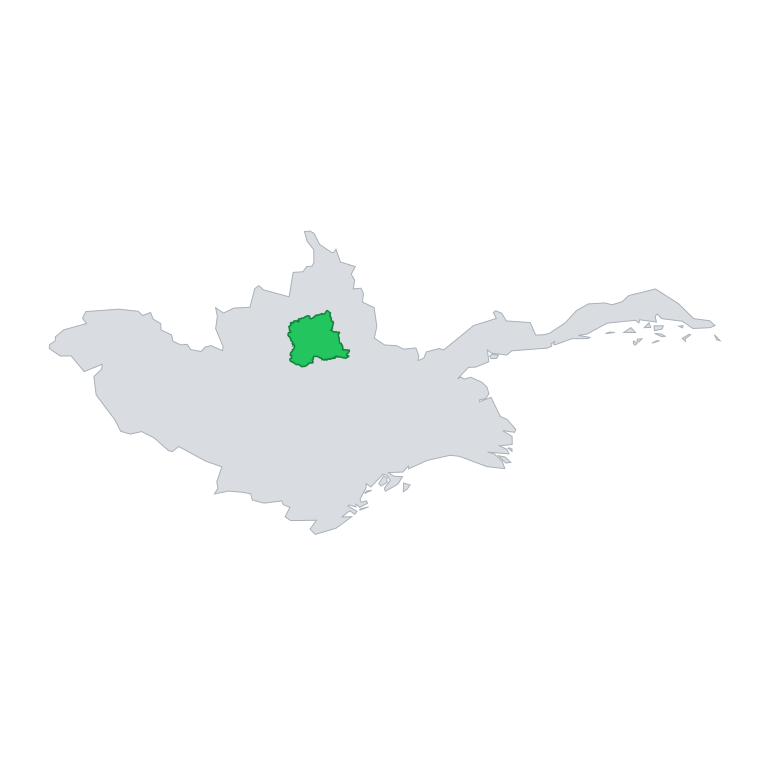 location of Loilen, Shan, Myanmar, rotated 271°
{"feature_id": "60261553B60770274813160", "entity_name": "Loilen", "entity_type": "district", "adm_level": 2, "iso_a3": "MMR", "parent_name": "Myanmar", "parent_adm1": "Shan", "projection": "mercator", "projection_center": [97.755, 21.29], "detail": "fine", "context": "in_parent", "style": "filled", "palette": "green", "viewbox_px": 768, "rotation_deg": 271, "n_neighbors": 0, "source": "geoboundaries", "source_scale": "gbopen_adm2", "svg_char_len": 9358}
<svg xmlns="http://www.w3.org/2000/svg" viewBox="0 0 768 768"><g transform="rotate(271 384 384)"><path d="M500.9,353.2L493.1,349.3L487.3,352.9L478.5,351.6L479.4,359.2L474.4,361.8L465.5,361.1L460.2,372.8L441.7,375.8L429.7,373.6L423.0,384.0L422.6,395.8L419.2,402.9L420.6,415.2L412.8,418.4L408.0,417.7L410.6,423.4L416.8,425.8L420.4,438.4L419.3,443.4L444.0,472.5L451.5,495.2L457.4,492.2L459.2,494.5L456.8,500.5L449.2,505.1L448.0,529.1L435.6,534.8L436.0,542.8L437.5,548.4L448.5,564.3L460.7,575.1L467.6,586.7L468.9,603.5L467.2,610.6L470.4,620.6L476.7,627.3L483.8,653.8L469.4,677.1L454.8,692.4L452.9,708.6L448.2,713.9L446.0,708.9L444.9,691.9L452.0,681.2L454.2,660.4L458.8,655.9L456.4,653.9L450.7,655.3L452.7,638.5L449.5,637.8L452.1,634.2L448.7,606.0L437.5,586.1L436.0,577.5L434.2,589.1L432.9,586.9L432.6,571.2L426.1,554.1L426.8,552.6L429.8,554.1L427.0,550.2L424.8,551.1L422.8,546.9L419.4,511.2L415.1,506.2L416.8,490.7L419.9,486.8L408.1,488.4L402.5,475.4L402.1,468.2L390.4,457.4L392.3,460.8L390.3,464.4L392.3,470.5L387.4,481.8L382.6,487.0L376.1,489.1L371.1,485.9L370.0,479.9L368.0,479.8L372.5,491.2L353.6,500.9L350.7,507.7L340.9,516.6L338.0,515.4L339.5,503.4L333.7,513.0L325.8,513.2L324.2,500.4L320.9,507.9L316.3,510.2L317.7,488.8L316.4,495.0L308.9,503.5L301.5,506.3L303.1,488.6L313.0,460.7L313.9,451.4L308.5,429.0L299.7,410.1L302.3,409.7L296.3,404.3L295.5,390.2L292.0,395.3L291.6,404.1L284.0,399.5L276.8,387.3L279.7,386.1L288.0,392.0L292.7,388.7L293.9,384.7L280.8,372.7L284.1,367.8L279.8,367.9L268.6,362.1L265.4,363.2L266.9,368.3L264.5,369.7L260.2,361.9L263.4,358.1L260.7,358.0L262.4,351.0L261.3,350.0L256.2,359.2L253.1,357.0L256.5,352.4L255.1,349.7L250.3,344.3L250.8,354.0L239.1,338.8L232.4,317.9L237.5,312.6L246.6,318.8L245.8,293.0L249.6,287.4L259.0,292.1L261.6,285.5L265.3,283.8L262.8,266.0L265.7,254.4L272.0,252.5L273.4,243.1L274.2,230.5L271.2,216.4L276.8,219.8L283.3,218.5L298.3,223.3L303.9,206.8L317.9,179.8L312.7,173.5L313.6,169.7L325.9,155.4L332.2,142.6L329.5,131.1L332.1,121.6L343.4,115.6L368.0,96.4L386.3,93.8L393.8,101.3L398.8,102.0L391.2,84.0L406.7,70.6L406.3,59.9L413.6,48.7L417.7,49.1L421.4,54.6L425.4,54.6L432.5,62.8L439.3,85.4L444.5,81.4L451.2,84.6L454.2,117.8L452.4,137.0L448.3,141.4L451.4,149.3L444.9,152.1L440.5,159.7L434.0,160.2L429.5,170.7L423.1,172.2L419.5,180.3L420.3,186.5L415.1,190.0L413.3,200.5L417.9,204.7L419.3,210.3L414.5,222.0L418.6,222.5L436.4,214.7L448.9,216.2L457.4,214.3L452.1,222.3L457.3,232.6L458.4,248.6L477.1,253.1L480.1,257.1L476.0,262.0L469.5,287.6L494.0,291.2L494.8,301.0L500.0,304.6L500.7,310.0L504.1,311.8L517.2,311.4L525.0,304.8L535.0,301.8L535.6,307.4L533.3,311.5L522.4,317.2L514.9,328.8L514.5,331.4L517.9,333.6L505.2,338.3L500.9,353.2ZM284.3,380.5L292.1,385.2L290.6,388.6L285.7,388.8L281.9,382.8L284.3,380.5ZM439.7,622.8L444.7,629.9L439.8,634.6L439.7,622.8ZM283.5,411.8L279.4,409.1L276.6,405.2L285.3,405.3L283.5,411.8ZM446.9,653.0L447.0,662.2L443.9,661.2L441.9,653.5L446.9,653.0ZM313.1,506.2L307.9,512.2L307.1,507.1L314.3,499.6L313.1,506.2ZM414.8,497.9L411.6,496.1L411.2,490.6L413.7,489.1L415.6,491.7L414.8,497.9ZM436.7,664.3L436.0,661.2L439.3,653.7L438.8,660.3L436.7,664.3ZM434.8,681.4L439.1,688.3L438.4,689.7L434.4,684.3L431.9,684.7L434.8,681.4ZM449.8,647.8L445.2,649.7L444.9,643.3L449.8,647.8ZM439.0,713.4L433.2,719.3L433.9,716.0L439.0,713.4ZM258.8,363.0L260.9,370.8L257.3,361.5L258.8,363.0ZM439.8,608.2L439.6,613.9L438.2,604.6L439.8,608.2ZM276.8,368.5L277.5,373.5L274.1,366.4L276.8,368.5ZM433.8,641.1L430.4,638.2L431.6,636.2L433.3,636.6L433.8,641.1ZM431.4,632.8L429.3,636.6L427.1,634.3L428.9,632.6L431.4,632.8ZM431.9,655.5L432.0,658.8L429.5,651.1L431.9,655.5ZM321.2,513.2L318.8,513.1L322.0,509.2L322.3,510.6L321.2,513.2ZM447.5,682.1L445.3,681.4L447.0,677.8L447.5,682.1Z" fill="#d9dde1" stroke="#a8b0b8" stroke-width="1"/><path d="M445.7,331.5L445.7,331.3L446.0,330.8L446.0,330.3L446.2,330.1L447.0,329.9L447.6,330.0L448.3,330.3L448.6,330.2L448.9,330.0L449.8,329.8L450.5,328.9L450.9,329.0L451.1,328.7L451.3,328.6L451.8,328.9L452.4,328.8L452.8,329.0L454.0,329.2L454.5,328.8L454.7,328.1L455.3,327.5L455.3,327.4L455.8,326.9L456.4,326.1L456.3,325.7L455.9,325.1L454.4,324.3L453.7,323.9L453.1,323.2L453.1,322.9L452.9,322.7L452.8,322.4L452.9,321.9L452.9,321.1L453.2,320.9L453.0,320.7L452.9,320.4L453.1,320.2L452.8,319.6L452.5,318.7L452.2,318.2L452.2,317.8L452.0,317.7L451.7,317.3L451.7,317.0L451.5,316.7L451.8,316.3L451.5,315.6L451.7,314.9L451.6,314.7L451.1,314.0L450.2,313.7L449.9,313.2L449.6,312.4L449.3,312.4L448.3,310.6L448.1,309.8L448.2,308.9L448.4,308.7L449.0,308.6L449.5,308.4L450.4,308.5L451.0,306.6L450.7,306.2L450.5,305.6L450.4,305.2L449.8,304.2L449.6,303.6L449.0,302.9L448.7,302.4L448.4,301.7L448.5,300.9L448.4,300.2L448.2,299.9L447.9,299.8L447.8,299.5L447.7,298.3L447.5,297.4L447.0,297.3L446.8,297.5L446.7,297.5L446.2,297.3L446.0,297.7L445.6,297.6L445.2,298.0L444.8,297.7L444.7,297.5L444.7,297.3L445.1,296.5L445.2,296.2L445.3,296.2L445.8,295.8L445.4,295.4L445.3,295.1L445.5,294.8L445.4,294.7L445.6,293.7L445.5,293.1L445.3,292.8L444.9,292.9L444.7,292.7L444.3,292.5L444.0,292.5L444.0,292.3L443.7,292.3L443.6,292.2L443.8,291.9L443.6,291.6L443.7,291.3L443.2,290.9L443.3,290.6L443.8,290.5L443.5,289.9L443.5,289.5L442.2,289.8L441.6,289.5L441.5,289.8L441.2,289.9L440.8,289.2L440.5,289.0L440.0,288.1L439.8,287.9L439.6,287.8L439.2,288.1L438.7,288.3L436.8,288.5L436.5,288.7L436.0,288.6L435.2,289.5L434.1,289.9L434.1,289.1L434.0,288.8L434.0,288.3L433.5,287.6L432.8,287.3L432.0,287.3L431.4,287.1L431.1,287.2L430.7,287.3L430.3,287.8L429.9,287.9L429.9,288.5L429.7,288.8L429.2,289.2L428.7,289.4L428.3,289.3L427.9,289.5L427.9,289.8L427.4,290.0L427.1,289.9L426.5,290.2L426.4,290.1L426.2,290.2L425.9,290.4L425.6,290.3L425.2,290.9L425.0,291.0L424.5,291.8L424.3,291.8L424.0,292.0L423.1,292.1L422.8,291.5L422.5,291.6L422.3,291.8L422.1,292.2L421.8,292.4L421.8,292.8L422.0,292.9L422.0,293.2L421.7,293.2L421.1,292.8L421.3,293.3L421.2,293.5L420.9,293.5L420.5,294.1L420.3,294.0L420.1,293.9L419.9,294.0L419.4,293.7L419.2,293.8L418.6,293.4L418.2,293.5L418.2,293.8L417.9,293.2L417.2,293.0L417.3,292.8L417.1,292.6L417.0,292.4L416.7,292.3L416.6,291.8L415.3,291.7L415.0,291.5L414.7,291.6L414.5,291.1L414.3,291.0L414.2,290.6L413.3,290.0L412.6,290.0L411.9,289.7L411.5,289.9L411.2,289.8L411.0,290.3L410.8,290.5L410.8,291.3L410.3,291.2L409.9,290.9L409.5,291.2L408.6,291.1L408.4,290.9L408.0,291.0L408.0,290.3L407.4,289.5L406.7,289.6L406.3,289.5L405.6,289.8L404.8,290.9L404.4,291.6L404.1,292.0L404.2,292.7L404.1,293.1L403.5,293.5L402.6,294.6L402.3,295.5L401.9,296.2L402.1,297.0L401.9,297.7L401.8,298.8L401.5,299.3L400.9,299.8L400.8,300.2L400.6,300.3L400.5,300.6L399.9,301.3L399.9,301.9L400.1,303.1L400.2,304.4L400.9,305.9L401.2,306.3L401.5,307.0L402.0,307.3L402.5,307.7L403.0,307.9L403.0,308.2L403.4,308.2L403.5,308.6L403.8,309.9L403.8,310.8L403.7,311.0L404.0,312.5L404.6,312.7L405.2,312.3L405.9,312.4L406.2,312.2L406.8,311.8L407.0,312.2L407.8,313.0L409.2,312.7L409.6,312.7L409.9,313.2L410.3,313.3L410.2,313.8L410.4,314.5L410.3,315.0L410.5,315.4L410.3,316.2L410.4,316.7L410.2,317.6L409.6,318.4L409.1,319.4L408.9,319.6L408.8,319.9L409.0,320.6L408.3,321.0L407.7,321.4L407.9,321.5L407.9,321.8L407.7,321.8L407.7,322.0L407.4,321.9L407.5,322.3L407.1,322.9L407.1,323.1L407.2,323.4L407.0,323.5L407.0,323.8L407.2,323.7L407.3,323.8L407.1,324.1L407.3,324.2L407.3,324.4L407.4,324.6L407.3,325.1L407.5,325.3L407.4,325.6L407.7,326.0L407.6,326.3L407.4,326.4L407.7,326.5L407.7,326.9L407.9,327.1L408.0,327.0L407.9,327.2L407.9,327.3L407.6,327.5L407.8,327.7L407.9,328.5L408.2,328.6L408.4,328.8L408.2,329.4L408.3,329.7L408.3,329.8L408.0,329.8L407.9,329.6L407.8,329.8L407.9,330.3L408.4,330.6L408.5,331.3L408.8,331.5L409.0,332.2L408.7,332.4L408.8,332.6L408.8,333.0L409.2,333.0L409.3,333.1L409.0,333.2L409.1,333.4L408.9,333.6L408.8,334.2L409.2,334.8L409.5,334.9L409.7,335.1L410.1,334.9L410.3,334.6L410.5,334.8L410.3,335.1L410.6,335.7L410.5,336.0L410.8,336.2L410.9,336.7L410.7,336.7L410.4,337.0L410.7,337.4L410.6,337.9L410.4,338.3L410.4,338.6L410.2,338.7L410.4,339.0L410.3,339.3L410.2,339.4L410.0,341.0L409.5,342.2L409.7,342.8L409.4,343.2L409.3,343.8L409.3,344.4L409.0,345.2L409.5,345.8L409.9,346.8L410.5,347.7L410.9,348.2L411.3,348.3L411.5,347.8L411.5,347.4L411.7,347.0L411.8,346.7L411.6,346.4L411.8,346.1L412.2,346.1L412.5,346.0L412.8,346.1L413.5,346.5L413.6,347.1L415.7,348.4L416.2,348.8L416.9,348.8L417.2,348.7L417.2,348.0L417.3,347.5L417.2,347.0L417.3,346.8L417.0,346.7L416.9,346.6L417.2,346.2L417.6,344.6L417.6,343.8L417.5,343.3L417.5,342.2L417.8,342.3L418.4,342.1L418.8,342.4L419.0,342.4L419.6,342.0L420.5,342.0L420.7,341.8L421.5,341.8L422.6,341.1L422.8,340.8L423.8,340.6L423.8,339.9L423.9,339.7L424.1,339.1L424.3,339.0L425.1,338.9L426.1,338.6L426.9,338.5L427.5,338.2L428.1,338.4L429.8,338.3L430.1,337.9L431.1,337.6L432.4,337.5L433.0,337.5L433.1,337.9L433.3,338.0L433.7,338.0L433.8,338.2L433.9,338.4L434.8,338.6L435.1,338.1L434.9,337.5L434.9,337.2L434.8,336.5L435.4,335.2L435.4,334.7L435.2,334.1L435.2,333.7L435.0,333.4L435.0,333.1L435.4,332.5L435.5,332.6L436.1,331.6L436.2,331.2L436.4,330.9L436.7,330.7L437.0,329.7L437.2,329.9L437.3,330.5L437.7,330.8L437.8,330.9L438.0,331.1L438.6,331.1L438.7,331.4L438.9,331.4L439.0,331.5L439.4,331.5L439.7,331.4L440.2,331.3L440.6,331.4L440.8,331.5L441.3,331.8L442.2,332.0L442.7,331.9L443.0,331.9L444.2,332.4L444.5,332.1L445.1,332.2L445.2,331.6L445.4,331.4L445.7,331.5Z" fill="#22c55e" stroke="#15803d" stroke-width="1.5"/></g></svg>